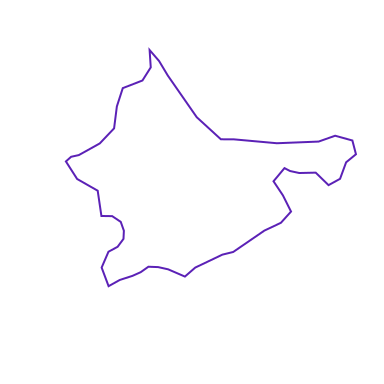 the Province of Grad Sofiya, rotated 299°
{"feature_id": "BGR-2243", "entity_name": "Grad Sofiya", "entity_type": "Province", "adm_level": 1, "iso_a3": "BGR", "parent_name": "Bulgaria", "parent_adm1": "", "projection": "natural_earth1", "projection_center": [23.369, 42.657], "detail": "fine", "context": "isolated", "style": "outline", "palette": "violet", "viewbox_px": 384, "rotation_deg": 299, "n_neighbors": 0, "source": "natural_earth", "source_scale": "10m", "svg_char_len": 795}
<svg xmlns="http://www.w3.org/2000/svg" viewBox="0 0 384 384"><g transform="rotate(299 192 192)"><path d="M157.6,66.9L164.2,69.2L169.4,75.1L189.8,87.8L209.9,93.0L230.4,84.8L249.3,81.1L265.5,94.6L281.0,95.5L295.6,86.1L290.6,99.7L282.1,114.4L259.7,159.9L252.1,191.7L258.4,203.2L275.8,242.6L297.5,278.3L310.6,289.9L314.8,307.3L304.5,317.1L292.7,312.4L275.3,315.1L264.2,308.1L268.9,290.8L260.6,276.6L257.9,267.6L257.7,261.3L240.9,258.1L233.1,273.2L222.9,288.1L208.2,284.7L193.3,274.0L159.5,257.1L151.9,248.9L127.5,231.5L114.6,226.8L112.8,208.6L109.9,198.8L105.5,190.1L97.0,186.0L89.8,180.6L80.1,171.5L69.2,164.7L82.1,149.6L99.3,147.9L108.0,153.5L117.8,154.8L125.1,151.2L131.3,144.2L132.2,133.9L127.1,124.4L147.4,108.9L147.7,85.2L157.6,66.9Z" fill="none" stroke="#5b21b6" stroke-width="2"/></g></svg>